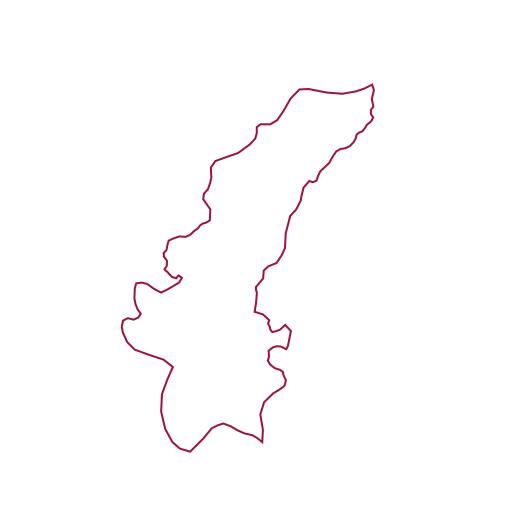 Shinyanga, Mercator projection, rotated 298°
{"feature_id": "TZA-3358", "entity_name": "Shinyanga", "entity_type": "Region", "adm_level": 1, "iso_a3": "TZA", "parent_name": "United Republic of Tanzania", "parent_adm1": "", "projection": "mercator", "projection_center": [32.976, -3.814], "detail": "fine", "context": "isolated", "style": "outline", "palette": "rose", "viewbox_px": 512, "rotation_deg": 298, "n_neighbors": 0, "source": "natural_earth", "source_scale": "10m", "svg_char_len": 2106}
<svg xmlns="http://www.w3.org/2000/svg" viewBox="0 0 512 512"><g transform="rotate(298 256 256)"><path d="M350.9,274.0L347.9,271.6L347.2,267.8L338.8,265.9L330.1,268.0L326.0,269.5L315.8,269.6L307.4,267.4L290.0,271.6L276.6,277.9L268.6,278.3L259.6,277.5L252.8,271.8L246.7,269.7L239.5,272.9L228.7,270.5L226.1,271.9L224.0,274.0L214.3,278.2L206.1,281.0L207.7,289.6L205.5,297.8L201.9,298.4L200.2,301.1L197.6,303.4L196.5,306.1L199.1,309.1L202.2,311.8L208.9,314.1L206.1,322.1L191.5,326.4L187.9,326.5L187.7,324.0L187.9,321.2L186.2,316.9L183.4,313.9L178.4,311.6L173.1,314.8L169.2,315.5L166.8,319.4L165.8,325.3L166.8,331.0L166.2,334.2L163.9,336.1L160.1,340.9L154.7,342.1L148.6,339.2L142.9,335.7L130.6,331.8L118.1,334.2L105.8,343.7L94.6,348.9L95.7,343.1L96.1,336.9L94.0,329.5L93.4,321.7L93.8,313.5L92.7,305.7L88.3,301.5L83.3,297.9L69.9,295.1L52.3,289.7L50.2,279.2L52.4,269.6L60.8,256.9L74.1,245.3L89.9,237.8L105.3,235.7L119.0,234.7L121.1,223.0L118.5,208.1L116.4,192.8L119.5,182.7L126.0,174.3L130.7,170.6L136.5,168.9L141.0,172.1L142.3,177.7L146.2,180.9L150.9,181.4L153.4,176.4L156.9,172.3L161.4,168.6L170.7,164.1L175.6,163.1L178.9,167.6L180.2,173.1L179.1,181.5L179.1,189.2L184.5,193.3L196.5,200.6L202.1,200.8L202.3,196.6L198.8,196.0L198.1,191.3L200.2,185.6L201.2,181.5L205.6,181.8L210.0,179.6L212.3,174.9L215.3,173.1L219.2,174.2L224.2,172.6L228.5,171.7L233.2,175.2L237.4,179.3L239.8,184.8L243.8,188.0L248.7,189.5L253.4,191.8L256.5,192.2L259.3,193.5L262.2,196.4L265.8,198.5L275.7,193.8L281.4,182.7L286.6,180.8L292.3,182.2L298.7,181.3L304.6,179.6L312.9,174.6L320.7,175.5L327.8,181.9L338.6,191.9L351.7,198.2L359.3,200.2L364.9,199.0L370.1,196.2L374.5,198.2L378.8,206.6L386.0,211.0L397.2,212.2L411.1,212.6L423.5,216.2L428.2,224.2L433.4,241.4L439.8,256.1L448.2,266.9L454.5,272.9L461.8,278.1L457.9,282.2L448.8,284.6L443.1,289.5L438.8,288.9L435.3,290.8L433.3,294.4L429.2,294.5L424.1,292.4L418.7,292.0L415.6,291.1L413.3,289.0L410.4,287.8L407.0,288.8L402.2,288.7L397.2,287.3L393.2,284.4L390.1,280.3L386.1,277.8L381.3,277.2L372.3,276.9L361.0,273.0L355.9,273.2L350.9,274.0Z" fill="none" stroke="#9f1239" stroke-width="2"/></g></svg>